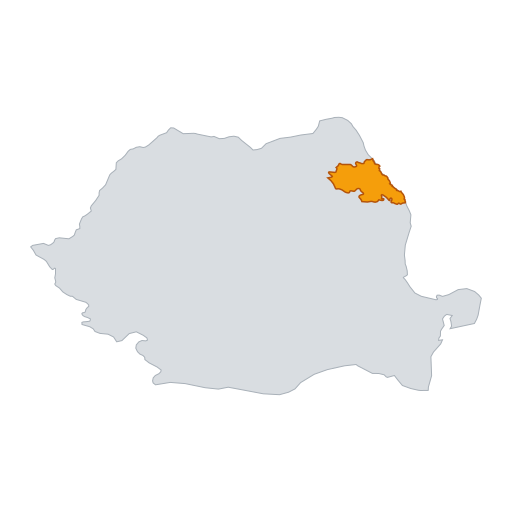 Iasi highlighted on a map of Romania
{"feature_id": "ROU-308", "entity_name": "Iasi", "entity_type": "County", "adm_level": 1, "iso_a3": "ROU", "parent_name": "Romania", "parent_adm1": "", "projection": "natural_earth1", "projection_center": [27.411, 47.195], "detail": "fine", "context": "in_parent", "style": "filled", "palette": "amber", "viewbox_px": 512, "rotation_deg": 0, "n_neighbors": 0, "source": "natural_earth", "source_scale": "10m", "svg_char_len": 6547}
<svg xmlns="http://www.w3.org/2000/svg" viewBox="0 0 512 512"><path d="M409.9,286.7L414.9,293.0L421.3,296.3L436.1,299.8L437.5,299.4L437.6,298.7L436.6,297.8L436.4,296.6L437.1,295.2L439.2,295.1L442.5,296.4L448.8,294.6L458.2,289.6L466.8,288.6L474.6,291.5L478.7,295.0L481.3,298.2L480.5,302.3L480.0,304.8L478.1,315.2L476.7,319.1L474.4,323.5L450.1,328.7L451.6,326.2L451.0,321.8L450.0,318.5L452.2,315.5L446.7,314.4L444.4,316.1L442.5,318.9L444.2,325.5L441.6,329.2L440.5,331.2L440.4,336.0L438.9,338.1L438.6,340.4L442.5,339.8L440.7,343.9L433.5,352.0L430.9,356.7L431.6,375.7L428.4,387.0L428.2,390.4L420.4,390.5L418.1,390.2L410.7,388.5L402.4,385.5L397.5,379.6L394.4,375.5L387.4,377.4L386.1,376.8L384.2,374.8L378.9,373.5L372.4,373.4L357.7,365.8L356.1,364.5L344.6,365.8L327.4,369.6L314.2,374.3L300.6,382.6L295.0,388.9L288.6,392.2L279.5,394.7L263.3,393.8L246.4,390.6L228.2,387.2L218.4,389.1L205.1,387.7L185.2,383.6L170.3,382.4L155.5,384.8L153.1,382.9L152.6,380.8L153.2,377.9L155.3,375.5L158.9,373.7L160.8,371.8L161.1,370.0L157.1,367.0L149.0,362.8L145.7,360.2L144.9,359.6L144.7,357.3L143.0,355.5L139.9,354.1L137.5,351.7L135.8,348.2L136.3,344.9L138.8,341.9L142.0,340.5L145.8,340.9L147.5,340.1L146.9,337.9L143.1,335.2L136.3,331.8L129.2,333.6L121.9,340.6L116.7,341.8L113.6,337.0L108.1,334.2L100.0,333.4L95.0,331.5L93.2,328.8L89.7,326.7L82.0,324.5L81.9,322.4L83.2,321.9L86.0,321.7L89.7,321.2L90.3,320.0L90.4,318.9L87.5,317.5L84.6,316.6L83.0,315.6L82.1,314.5L81.9,313.4L82.8,312.7L84.0,312.6L85.2,312.0L85.9,309.4L87.5,307.3L88.7,306.6L88.7,305.0L87.5,303.6L85.9,302.3L83.6,301.6L76.2,299.4L72.5,296.3L70.2,296.2L66.7,294.5L62.8,291.9L59.5,288.1L55.9,285.7L55.0,284.6L54.9,283.7L55.6,282.6L55.7,281.5L54.8,277.8L55.5,273.9L55.5,270.2L55.5,268.6L54.8,268.1L54.1,268.6L53.2,269.3L52.3,269.5L49.7,266.8L46.4,261.4L44.2,259.5L39.8,257.1L36.0,255.0L33.4,250.4L30.7,246.9L32.6,245.4L43.5,243.4L48.4,245.4L50.7,244.7L53.0,243.0L54.2,241.7L54.5,240.3L55.6,238.6L59.3,237.8L68.9,238.8L72.8,236.4L74.3,235.1L75.3,232.2L76.3,229.8L79.8,228.6L79.8,226.4L79.4,224.1L81.5,218.9L82.8,216.8L84.7,216.0L87.1,214.4L91.3,211.0L90.4,208.0L91.3,205.8L95.7,200.5L99.1,195.3L99.1,192.8L99.6,190.5L102.5,188.1L105.6,184.8L109.8,174.8L111.3,173.2L113.9,171.2L115.9,169.4L116.3,162.8L118.1,160.9L121.6,158.8L125.2,155.3L128.1,151.3L130.3,149.4L133.2,148.9L136.3,147.3L139.8,146.7L143.2,147.5L145.3,147.1L148.6,145.1L157.0,137.7L158.2,136.2L159.9,135.2L166.6,132.7L168.4,130.1L170.7,127.8L173.7,128.0L183.2,133.7L193.6,133.3L195.5,133.5L196.1,133.7L197.4,134.1L211.1,136.9L213.3,136.6L213.9,136.4L219.4,138.7L224.3,138.4L229.0,136.8L233.9,136.2L238.3,137.2L241.7,140.5L250.4,147.4L253.0,150.0L257.0,149.6L261.5,148.3L266.1,143.7L280.0,138.4L290.6,137.1L300.9,135.0L312.9,133.5L316.4,129.2L318.3,126.3L319.7,120.9L326.1,119.3L332.2,118.2L334.4,117.5L338.9,117.3L342.3,117.7L347.7,120.4L351.4,123.8L352.9,126.5L356.1,130.2L359.5,135.5L363.2,142.6L364.0,146.1L365.4,150.0L368.2,154.7L373.5,159.9L374.2,160.9L376.6,164.6L381.3,172.7L385.1,175.9L388.5,179.5L390.2,183.0L392.6,186.3L398.3,190.6L402.9,194.5L406.7,205.7L409.3,210.8L410.9,214.8L410.2,222.8L411.2,226.2L409.1,232.5L405.3,245.1L404.4,255.1L405.1,260.5L405.2,264.0L406.1,266.2L407.2,270.8L407.4,274.8L406.0,275.9L404.0,276.9L403.3,277.7L405.1,279.5L407.5,282.9L409.9,286.7Z" fill="#d9dde1" stroke="#a8b0b8" stroke-width="1"/><path d="M372.6,158.7L372.8,159.5L373.0,159.9L373.0,160.1L373.0,160.6L373.1,160.9L373.3,161.0L373.8,161.1L374.3,162.7L374.6,163.6L375.1,164.0L375.5,164.0L375.9,164.3L376.2,164.4L377.4,164.4L377.5,164.4L378.1,164.6L378.8,165.0L379.4,165.5L379.8,166.1L379.4,166.3L379.1,166.8L379.0,167.4L378.8,168.1L379.7,168.7L379.3,170.6L379.9,171.0L380.1,171.1L380.6,171.5L381.7,173.8L382.3,174.7L382.7,174.9L384.0,175.1L384.5,175.4L384.8,175.7L385.2,175.9L386.4,176.1L386.9,176.6L387.9,178.0L387.8,178.8L388.3,179.5L389.5,180.9L390.1,182.5L390.3,183.0L390.4,183.4L390.3,183.6L389.8,183.8L390.4,184.5L392.4,185.4L392.4,185.8L392.1,186.3L392.3,186.5L392.8,186.6L393.2,186.9L394.7,188.3L396.0,189.0L396.6,189.5L396.6,190.4L397.8,190.6L398.9,191.2L399.9,191.6L400.9,191.2L401.3,192.2L402.8,193.9L403.5,194.9L404.4,197.1L404.5,198.0L404.1,199.0L404.9,199.5L405.0,200.2L404.9,200.9L405.4,201.5L405.4,201.9L405.4,202.7L405.0,202.8L402.6,203.1L401.8,203.5L401.5,203.8L401.0,204.0L400.5,204.1L399.9,203.8L399.5,203.5L399.0,203.2L398.6,203.2L398.1,203.5L397.9,203.9L397.5,204.2L396.8,204.2L395.0,203.6L393.5,202.8L393.0,202.7L392.3,202.8L391.6,202.7L391.2,202.4L391.1,202.0L391.2,201.5L391.5,201.0L391.9,199.8L391.9,199.1L391.7,198.5L391.3,198.2L390.7,198.1L390.1,198.5L389.9,199.0L389.9,199.6L389.9,200.2L389.8,200.5L389.4,200.5L388.9,200.2L387.1,198.1L385.8,196.9L383.0,195.0L382.3,194.8L381.8,194.7L381.4,195.1L381.4,195.6L381.5,196.0L381.7,196.4L381.8,196.9L381.8,197.4L381.5,198.3L381.6,198.6L381.9,198.8L382.5,198.8L383.3,198.7L383.6,198.8L383.8,199.0L383.8,199.3L383.7,199.7L383.5,200.1L382.9,200.4L382.0,200.5L380.2,200.2L379.3,199.9L378.7,199.9L378.4,200.3L378.2,200.7L377.8,201.2L377.3,201.6L375.6,202.1L374.7,202.1L373.6,201.9L372.7,201.6L371.8,201.4L370.9,201.4L367.4,202.0L361.9,201.6L361.6,200.8L361.4,200.3L360.6,199.0L359.5,197.8L359.0,197.1L359.0,196.5L359.3,195.9L359.9,195.4L360.7,195.0L361.6,194.7L363.0,194.4L363.4,194.1L363.5,193.7L363.3,193.1L362.6,192.5L361.6,191.7L361.0,191.1L360.5,190.5L360.4,189.9L360.2,189.4L359.8,188.9L359.2,188.6L358.1,188.5L357.4,188.7L356.8,189.0L355.1,190.7L354.6,191.1L354.0,191.3L353.2,191.2L351.0,190.8L350.3,190.9L349.9,191.2L349.5,192.3L349.2,192.6L348.8,192.8L348.1,192.9L346.2,192.5L344.9,191.9L342.2,190.0L340.3,189.2L339.0,188.8L337.9,188.8L337.0,188.9L336.2,188.9L335.6,188.6L335.2,187.7L334.8,186.8L333.4,183.8L331.0,180.7L327.8,177.9L331.4,177.2L331.9,176.9L332.3,176.4L332.0,176.0L329.2,173.6L328.6,172.7L328.8,172.1L329.6,171.9L334.6,172.4L335.6,172.2L336.0,171.9L336.2,171.4L336.3,170.6L336.8,169.5L336.9,168.9L336.8,168.3L336.1,167.5L338.0,165.9L338.7,164.7L339.0,164.0L339.3,163.7L339.7,163.5L340.2,163.5L341.1,164.1L341.6,164.3L342.3,164.5L350.2,164.5L350.7,164.6L351.1,164.9L351.5,165.2L352.2,165.9L352.7,166.4L353.3,166.8L354.2,167.0L354.9,166.9L355.9,166.6L356.4,166.3L356.6,165.8L356.5,165.3L355.7,163.7L355.6,163.2L355.8,162.7L356.1,162.3L356.6,162.0L357.2,161.9L357.5,162.0L358.3,162.5L359.6,162.8L360.5,163.1L361.3,163.5L361.9,163.6L363.2,163.6L363.8,163.4L364.1,162.9L364.3,161.9L364.6,161.5L365.0,161.1L365.4,160.7L366.2,159.9L366.8,159.6L367.3,159.6L368.1,159.8L370.0,159.8L372.6,158.7L372.6,158.7Z" fill="#f59e0b" stroke="#b45309" stroke-width="1.5"/></svg>